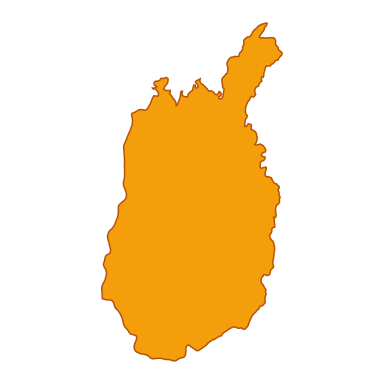 outline of Francisco Dumont, Minas Gerais, Brazil
{"feature_id": "56859067B1416257735028", "entity_name": "Francisco Dumont", "entity_type": "district", "adm_level": 2, "iso_a3": "BRA", "parent_name": "Brazil", "parent_adm1": "Minas Gerais", "projection": "equal_earth", "projection_center": [-44.252, -17.434], "detail": "fine", "context": "isolated", "style": "filled", "palette": "amber", "viewbox_px": 384, "rotation_deg": 0, "n_neighbors": 0, "source": "geoboundaries", "source_scale": "gbopen_adm2", "svg_char_len": 5948}
<svg xmlns="http://www.w3.org/2000/svg" viewBox="0 0 384 384"><path d="M166.3,77.4L164.1,78.3L162.7,78.5L161.0,78.3L159.7,80.2L157.8,81.2L156.3,81.1L154.8,81.5L153.9,83.6L154.8,85.5L156.8,86.6L155.2,87.9L156.4,90.1L157.8,91.6L158.4,93.3L158.4,95.4L157.3,96.4L155.8,95.9L153.8,95.8L152.6,97.9L151.9,99.4L151.3,101.3L150.5,103.2L148.1,107.5L146.9,109.3L145.2,110.3L143.1,109.9L141.3,109.5L139.6,109.7L138.2,110.2L136.6,111.2L134.6,112.4L132.0,113.3L131.5,115.3L132.1,117.0L132.4,119.0L132.5,120.8L132.4,122.7L132.2,124.5L130.5,129.5L127.8,135.7L126.4,139.3L125.5,141.6L124.4,144.0L123.6,146.3L123.7,148.7L123.9,151.0L124.1,153.3L124.3,155.7L124.4,158.6L124.6,161.0L124.5,163.2L124.4,165.1L124.6,172.4L124.6,175.7L124.3,179.0L123.6,181.4L123.3,183.3L123.6,185.7L125.2,189.9L126.0,191.8L126.4,194.1L126.4,196.2L125.8,198.4L124.4,200.3L122.6,201.7L119.8,204.1L118.5,205.8L118.3,207.9L118.4,210.1L118.2,214.1L117.9,216.0L117.2,218.2L116.3,220.2L114.8,224.2L114.0,225.9L113.0,227.3L112.0,228.6L110.3,230.1L109.0,231.7L108.1,233.8L107.5,235.7L107.6,237.5L108.0,239.3L108.5,241.1L109.1,243.1L109.4,244.9L110.4,248.8L110.6,250.7L110.2,252.5L108.8,254.1L107.3,254.6L106.0,255.5L105.1,257.5L104.7,259.9L104.2,261.7L103.4,264.2L104.1,266.9L105.5,269.0L106.3,271.6L106.5,274.2L105.7,277.2L105.1,279.7L103.9,282.1L102.6,284.6L101.8,287.0L101.8,290.4L102.1,293.4L102.3,296.6L102.3,298.7L106.3,299.8L109.0,299.9L111.2,300.2L112.7,301.1L113.8,303.3L114.6,306.5L116.0,308.7L118.0,310.5L119.3,312.4L120.4,314.3L121.5,316.6L122.2,318.3L122.8,320.2L123.2,322.2L123.6,323.9L124.3,325.8L125.3,327.4L127.0,329.2L128.5,331.1L129.3,332.7L130.3,333.8L131.7,334.3L134.1,335.0L136.3,335.9L136.8,338.3L136.0,340.7L135.0,343.0L134.1,346.0L134.4,349.1L135.8,351.4L137.5,352.4L138.8,353.1L140.5,353.7L144.0,354.3L146.6,354.9L149.0,356.5L150.8,358.2L152.7,358.8L154.1,358.7L157.1,358.3L159.5,358.3L161.7,358.5L163.3,358.8L164.8,359.4L169.4,359.6L171.1,360.1L172.6,360.5L174.3,361.0L176.2,360.5L178.4,359.0L180.4,358.1L183.9,357.3L185.5,354.7L185.8,352.5L185.9,350.5L185.9,348.2L186.8,345.7L188.7,345.0L191.6,347.1L192.8,347.9L194.5,349.2L196.5,350.6L198.3,350.7L199.7,349.7L201.2,348.9L202.6,347.7L204.2,346.8L205.3,345.8L206.5,345.0L207.7,343.5L209.1,342.2L212.8,339.8L214.6,339.3L216.6,337.9L218.3,336.9L219.7,336.1L221.4,335.9L222.2,334.1L223.5,332.8L226.5,330.9L228.7,329.4L230.5,328.2L232.1,327.5L233.7,326.9L235.8,327.2L237.8,328.2L239.3,328.3L241.2,327.8L243.1,329.1L244.9,329.2L246.5,327.6L248.2,325.5L249.2,322.2L250.1,320.0L252.4,315.4L254.2,313.3L255.7,312.1L257.0,310.2L258.6,309.2L259.4,307.5L260.2,306.1L262.0,305.9L263.4,304.8L264.4,303.6L265.3,302.1L264.9,299.5L265.1,296.9L266.2,293.9L265.5,291.7L265.9,289.6L264.7,287.9L263.4,285.4L261.5,282.9L261.0,280.1L261.6,277.6L263.0,276.4L263.6,274.8L265.3,274.8L267.4,275.6L269.4,274.6L270.4,272.2L270.6,270.0L272.2,268.7L273.7,266.8L273.1,264.7L272.6,262.1L273.4,259.4L273.7,257.0L273.9,255.1L274.2,252.3L274.7,249.4L274.4,246.4L273.7,243.2L272.9,241.3L271.3,239.8L270.0,237.5L269.6,235.2L270.9,233.5L271.8,231.5L271.8,229.0L272.9,227.6L274.7,227.2L274.7,224.7L274.4,222.3L274.2,220.1L273.7,217.1L275.2,217.7L276.1,216.2L276.0,213.7L275.5,211.0L275.6,208.5L276.4,205.5L278.2,204.1L279.5,202.3L279.4,199.3L280.1,197.2L279.1,195.1L279.0,192.1L277.8,189.9L279.2,188.1L279.0,186.3L277.7,185.4L276.6,183.9L274.5,183.3L273.2,181.6L272.1,179.8L271.4,177.7L270.1,177.5L268.5,176.5L266.4,176.9L265.1,175.0L265.2,172.3L266.1,169.5L266.2,167.2L264.0,167.4L261.2,168.4L260.2,167.1L260.2,165.1L260.5,162.4L262.0,161.0L263.6,160.6L264.9,159.1L265.1,157.1L262.7,156.4L261.2,155.6L261.9,153.7L263.6,152.4L265.2,152.0L265.9,150.4L264.8,148.1L263.6,146.2L262.0,144.9L260.1,144.0L258.1,144.6L256.5,145.1L254.7,144.6L256.1,142.8L257.0,140.1L257.3,137.9L256.7,135.9L256.4,133.5L255.4,131.8L253.6,130.5L251.4,129.6L251.1,127.3L251.5,125.2L250.2,124.2L248.2,123.8L246.7,126.2L244.8,126.5L244.8,124.3L244.9,122.1L245.4,119.8L246.8,117.6L247.3,115.5L245.7,113.7L245.4,110.4L245.6,107.5L246.6,104.6L247.8,101.8L249.1,100.4L251.2,96.4L253.3,97.1L254.7,96.0L255.7,94.3L254.7,92.2L254.9,89.0L256.2,87.1L258.4,86.2L259.1,84.1L260.3,82.4L261.9,81.0L261.2,78.9L261.8,76.9L263.1,77.4L263.8,75.5L263.8,73.5L264.6,70.9L265.4,67.5L266.6,65.8L268.3,66.1L270.1,66.0L271.6,64.2L273.3,63.6L274.4,62.0L276.0,60.3L278.0,60.1L279.1,57.7L280.4,56.3L281.5,55.4L282.2,53.1L280.8,51.5L278.8,50.2L277.9,46.9L276.2,45.6L275.4,43.4L275.8,41.0L274.6,38.4L272.9,37.7L270.9,37.7L267.3,37.9L265.4,38.1L264.1,37.9L262.4,37.8L260.8,37.9L259.4,37.3L260.3,34.9L261.6,33.4L263.1,31.4L264.1,29.8L264.7,27.4L266.2,25.9L267.2,23.4L265.5,23.0L264.0,23.7L262.3,24.0L260.8,24.7L259.2,25.5L257.9,26.5L256.8,28.0L255.4,29.0L254.2,30.0L253.1,31.5L251.7,33.8L250.7,35.6L249.7,36.9L247.8,36.8L246.0,38.2L244.7,39.0L243.7,40.9L244.0,44.0L242.6,46.7L242.6,49.5L241.2,51.5L239.6,53.1L238.9,56.2L237.3,56.6L235.9,56.4L234.1,56.5L232.6,57.1L230.9,57.3L229.1,58.9L227.9,60.8L226.9,63.5L227.5,66.4L228.0,68.8L227.7,70.9L227.2,73.2L225.7,74.1L224.6,76.0L223.1,77.1L222.0,79.0L221.9,81.7L222.5,84.5L222.7,87.5L224.2,89.1L223.5,92.0L223.2,95.2L222.4,97.8L221.1,98.9L219.0,98.5L218.7,96.5L220.7,96.0L221.4,94.1L220.4,92.3L219.1,91.5L218.2,93.5L216.8,94.8L215.0,94.1L213.4,92.0L211.2,90.7L208.9,91.3L207.3,89.0L205.7,87.3L204.4,86.1L203.1,84.8L201.1,83.5L199.8,81.6L200.2,78.8L198.3,79.9L196.2,80.8L195.5,82.3L196.7,83.6L197.7,85.0L198.0,86.7L196.5,88.4L195.4,87.4L195.3,85.2L193.9,84.9L193.1,87.2L192.9,89.0L192.1,90.8L190.5,91.6L189.2,92.9L188.0,94.4L187.6,96.6L186.3,96.9L184.2,96.5L182.5,95.5L182.0,93.7L182.5,91.3L181.1,91.3L180.5,93.7L180.4,95.7L180.1,97.5L179.5,99.1L178.5,101.6L177.6,104.3L176.3,105.6L175.9,102.5L174.8,100.4L172.3,97.2L171.3,95.3L169.4,93.9L170.3,92.0L170.1,90.2L168.7,90.6L167.0,90.5L165.3,90.3L163.7,89.0L164.9,86.5L166.3,84.8L167.6,83.0L168.0,80.7L168.1,78.8L166.3,77.4ZM155.2,87.9L152.5,88.1L153.6,89.3L155.2,87.9Z" fill="#f59e0b" stroke="#b45309" stroke-width="1.5"/></svg>